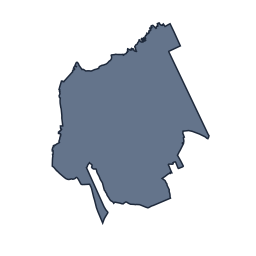 outline of Rovinari, Gorj, Romania, rotated 63°
{"feature_id": "2599482B72679771783557", "entity_name": "Rovinari", "entity_type": "district", "adm_level": 2, "iso_a3": "ROU", "parent_name": "Romania", "parent_adm1": "Gorj", "projection": "equal_earth", "projection_center": [23.157, 44.921], "detail": "fine", "context": "isolated", "style": "filled", "palette": "slate", "viewbox_px": 256, "rotation_deg": 63, "n_neighbors": 0, "source": "geoboundaries", "source_scale": "gbopen_adm2", "svg_char_len": 5593}
<svg xmlns="http://www.w3.org/2000/svg" viewBox="0 0 256 256"><g transform="rotate(63 128 128)"><path d="M187.0,96.0L181.3,96.0L174.7,96.3L173.9,95.1L172.4,93.1L171.7,91.9L167.2,85.8L167.0,86.0L166.9,86.4L166.6,86.5L166.1,86.4L166.0,85.9L166.3,85.3L166.2,85.0L164.9,84.1L161.9,83.1L161.7,82.8L161.7,82.0L160.4,81.9L158.8,81.6L157.9,81.7L155.8,80.4L156.1,79.6L157.8,75.1L160.1,72.3L165.9,67.0L171.0,63.2L173.0,62.4L173.8,61.7L172.6,60.1L171.5,59.3L171.1,59.4L170.1,59.5L78.9,57.1L78.4,57.0L78.2,56.8L78.2,56.6L78.6,44.1L63.3,43.4L54.2,43.2L54.2,45.4L54.4,48.9L51.3,49.3L51.7,50.5L52.2,50.4L52.2,50.5L52.2,50.8L51.6,51.7L51.1,52.0L50.8,51.9L49.9,52.5L49.3,52.6L48.7,52.4L48.4,52.7L48.5,53.4L48.3,54.2L48.3,54.5L48.7,54.6L49.4,54.6L49.7,55.0L50.1,55.3L50.4,55.1L50.6,55.1L50.8,55.4L50.5,56.2L50.6,56.6L51.1,57.3L51.8,57.4L51.9,57.9L47.9,59.2L47.7,59.5L47.5,60.9L48.1,61.4L49.1,61.0L49.5,61.5L49.4,61.9L49.6,62.0L49.7,62.3L49.4,62.7L49.4,62.9L48.8,63.0L48.9,63.3L50.7,63.1L51.2,63.4L51.4,64.3L50.8,64.6L50.9,65.1L51.5,65.6L51.9,65.8L52.2,65.8L52.4,66.4L52.8,66.3L53.0,66.9L52.9,67.0L52.9,67.8L52.3,68.2L52.5,68.3L53.0,68.3L53.0,68.5L52.9,68.8L53.2,68.9L53.3,69.2L53.4,69.5L53.7,69.5L53.8,69.7L53.6,70.1L54.2,71.2L54.4,71.4L54.8,71.4L55.1,71.9L56.0,71.6L56.3,72.3L54.8,73.0L55.1,73.5L55.3,73.5L56.2,73.3L56.5,73.0L57.8,72.4L57.9,72.6L57.0,73.0L56.8,73.3L56.9,73.6L57.9,73.2L58.0,73.5L54.5,74.8L54.6,75.0L55.3,74.8L55.5,75.0L55.7,74.9L55.8,75.1L54.7,75.6L54.8,75.8L55.3,75.7L55.4,75.9L58.0,75.1L58.1,75.5L57.5,75.7L57.8,76.5L57.5,76.7L57.4,77.2L57.2,77.3L56.2,77.7L54.6,77.9L54.6,78.3L54.9,78.4L55.5,78.8L55.9,79.4L56.5,80.6L57.4,81.7L57.5,83.2L57.8,83.8L58.4,84.7L58.5,85.0L59.0,85.2L60.2,84.9L60.9,85.7L61.7,85.5L62.3,85.6L62.6,85.9L63.5,85.6L63.6,85.9L62.2,87.3L60.8,87.6L59.7,87.5L59.5,88.0L58.8,88.6L59.3,88.9L59.3,89.0L59.0,89.2L59.0,89.4L59.3,89.4L60.0,89.3L59.7,90.5L58.4,91.4L57.3,92.3L57.7,92.7L58.4,92.9L58.9,93.3L59.5,93.1L59.7,93.3L59.6,93.7L60.1,94.2L59.9,94.5L60.8,95.9L60.7,97.5L60.8,98.0L61.0,98.4L61.0,99.1L60.7,99.1L60.2,98.9L60.1,99.0L59.5,100.6L57.5,104.4L56.7,105.5L56.5,106.5L55.4,109.6L55.5,109.9L56.0,110.1L56.8,110.2L58.0,110.7L59.2,111.8L59.9,113.4L59.9,113.7L59.8,114.1L60.8,116.7L61.1,118.3L60.7,121.9L60.4,122.3L60.3,122.6L60.3,125.5L60.6,126.1L61.6,127.1L61.4,127.4L61.3,129.1L60.8,131.2L60.6,134.6L60.3,135.4L59.8,136.0L58.8,137.8L58.1,139.5L57.8,139.9L56.1,140.8L55.4,141.3L55.1,141.8L55.1,142.4L49.9,143.2L48.7,143.0L46.9,143.2L46.6,143.3L46.3,143.6L46.2,143.9L46.2,144.3L47.0,145.4L48.3,146.9L49.2,146.5L49.8,146.1L49.9,146.3L48.8,147.0L48.8,147.5L49.0,148.1L50.0,149.4L50.7,148.9L51.0,148.8L51.3,148.8L51.5,149.3L51.7,150.0L51.7,150.5L51.4,150.6L52.1,151.6L52.6,151.7L52.9,151.9L53.1,152.7L57.4,163.9L57.6,164.2L56.6,164.9L56.8,165.3L56.0,166.0L60.4,170.2L62.4,172.0L62.7,171.8L62.9,171.5L63.1,171.5L63.3,171.9L64.0,172.4L64.3,172.4L64.5,172.1L65.6,172.8L66.3,172.9L67.2,173.7L67.7,174.5L68.2,174.8L68.8,175.0L69.9,175.2L70.6,174.7L72.5,176.0L75.1,177.2L79.3,178.6L80.5,178.8L81.0,179.0L86.9,181.3L89.2,182.5L94.5,184.4L96.5,185.2L95.5,187.3L97.3,188.1L98.2,188.3L98.7,187.8L99.2,187.9L99.4,188.3L99.5,189.1L99.7,189.3L99.8,189.7L99.9,189.9L99.7,190.0L99.8,190.6L100.1,190.6L100.3,190.8L100.0,191.2L100.1,191.8L101.3,192.4L102.5,190.8L103.4,191.2L103.7,191.0L104.4,191.9L104.7,191.9L104.8,192.2L105.6,193.0L107.1,194.1L108.1,195.2L108.6,195.6L109.8,195.7L109.9,197.4L109.9,198.8L110.2,200.6L110.2,200.8L109.9,201.2L109.9,202.1L110.2,202.2L110.2,202.8L110.3,202.8L110.6,202.4L110.8,202.5L110.6,202.8L111.5,204.2L112.0,204.5L112.2,204.8L112.7,204.9L112.8,205.0L112.8,205.3L113.5,205.6L114.5,206.3L114.0,205.5L114.3,205.1L117.3,206.6L117.2,207.2L119.1,207.8L120.1,208.6L122.1,209.8L127.6,212.8L129.4,211.9L133.6,211.0L133.6,210.8L137.3,209.6L142.2,207.6L144.2,206.7L145.1,206.2L146.3,205.1L146.8,204.5L147.2,203.6L147.7,201.4L147.8,201.2L148.5,200.6L148.7,200.1L149.0,198.6L148.9,197.9L148.6,197.2L148.7,196.2L149.0,196.0L149.5,195.8L151.3,195.5L156.3,195.4L157.0,195.2L157.6,194.5L158.6,192.4L160.7,187.7L164.4,187.8L166.5,188.2L174.0,190.0L176.9,190.5L184.7,192.3L188.9,192.8L201.2,193.7L198.3,190.6L197.5,189.5L194.4,184.5L193.9,184.2L190.6,184.9L187.2,185.1L145.6,183.1L144.4,183.0L144.1,182.1L143.8,181.7L143.5,181.5L142.7,180.7L141.8,178.8L141.4,178.1L142.2,177.9L144.1,176.9L145.0,177.0L145.8,177.6L146.3,178.2L147.6,178.1L148.8,177.4L149.5,176.2L149.9,175.2L150.2,175.2L151.4,175.2L152.6,175.6L154.0,175.8L158.1,175.7L161.2,176.0L165.3,175.7L170.7,176.9L172.8,177.3L173.7,177.0L175.4,177.1L176.5,176.8L177.9,177.1L178.9,177.1L181.4,176.8L183.6,176.7L185.3,176.2L186.2,175.5L187.0,175.1L187.6,174.9L188.6,174.9L188.4,174.3L188.1,173.5L188.3,173.1L191.2,169.4L192.7,167.9L193.0,167.4L193.4,166.8L193.2,166.2L192.9,163.9L192.9,163.5L193.1,163.2L194.2,162.3L195.0,162.0L197.1,160.3L198.8,157.3L199.7,156.1L199.8,155.5L201.6,152.4L206.8,147.9L208.1,146.6L208.3,145.8L208.2,142.4L208.5,140.5L209.8,122.0L208.5,121.8L206.8,121.0L205.6,120.6L203.2,120.1L201.7,119.3L196.9,119.2L195.4,118.7L194.6,118.8L193.7,119.0L192.6,118.8L191.6,118.9L188.4,120.5L188.0,117.2L187.2,113.1L187.3,112.3L187.1,111.5L187.2,111.2L187.8,110.8L187.8,110.6L187.6,110.4L186.7,110.3L186.7,110.1L186.9,109.7L187.5,109.6L187.7,109.3L183.9,109.1L181.2,108.8L179.3,108.8L179.0,108.7L178.8,108.5L178.7,108.3L179.0,107.4L180.4,104.9L180.5,104.6L180.4,104.0L179.5,103.8L179.3,103.7L179.4,103.1L179.3,102.2L179.7,101.3L179.8,101.1L180.4,101.1L186.2,101.6L186.9,101.5L187.0,101.2L187.1,100.5L187.4,97.1L187.3,96.4L187.1,96.1L187.0,96.0Z" fill="#64748b" stroke="#1e293b" stroke-width="1.5"/></g></svg>